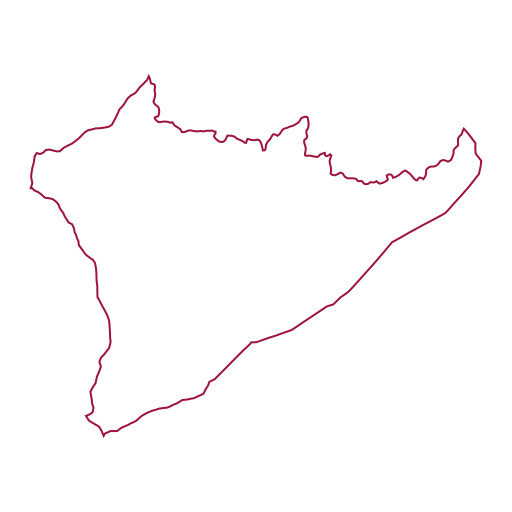 outline of Kabondo Kasipul, Nyanza, Kenya
{"feature_id": "3690345B44381744243439", "entity_name": "Kabondo Kasipul", "entity_type": "district", "adm_level": 2, "iso_a3": "KEN", "parent_name": "Kenya", "parent_adm1": "Nyanza", "projection": "equal_earth", "projection_center": [34.874, -0.447], "detail": "fine", "context": "isolated", "style": "outline", "palette": "rose", "viewbox_px": 512, "rotation_deg": 0, "n_neighbors": 0, "source": "geoboundaries", "source_scale": "gbopen_adm2", "svg_char_len": 5830}
<svg xmlns="http://www.w3.org/2000/svg" viewBox="0 0 512 512"><path d="M463.8,128.7L462.9,130.5L462.2,132.8L461.2,134.8L459.4,136.3L458.0,138.6L457.9,141.1L458.1,142.9L458.1,145.5L456.4,146.9L454.7,148.5L453.7,149.9L453.5,151.5L453.6,153.2L452.9,155.5L452.1,157.7L451.0,159.9L449.3,161.0L448.0,161.6L445.7,160.6L443.3,160.0L441.8,160.4L440.2,161.3L439.1,162.9L438.0,164.3L436.7,165.3L435.3,166.2L433.4,166.5L431.5,166.5L430.0,166.8L428.7,167.5L427.4,168.5L426.4,169.7L426.1,171.5L426.0,173.6L425.5,175.9L423.4,179.2L422.2,178.3L420.7,177.8L419.5,177.5L418.2,178.7L417.1,180.4L415.7,180.1L414.3,178.9L412.9,177.4L412.0,176.1L410.5,174.4L409.0,173.0L407.8,172.3L406.5,171.1L405.1,170.5L402.7,171.9L401.4,172.9L400.1,174.1L398.2,175.5L396.8,176.3L395.3,177.1L392.9,177.7L392.2,175.6L391.0,174.6L389.7,174.3L387.9,174.7L386.7,175.6L387.2,177.4L387.9,179.5L386.5,180.9L384.3,182.1L382.6,182.9L381.3,183.3L379.3,183.6L377.8,182.3L376.4,181.2L374.9,182.2L373.1,182.5L370.5,182.1L369.1,183.2L367.7,184.0L366.2,184.1L364.8,184.1L363.3,182.9L362.0,181.1L360.0,181.1L357.9,181.2L356.2,178.9L354.4,178.5L352.5,178.3L350.3,178.3L349.0,178.3L347.7,178.3L346.4,177.7L345.1,176.9L343.9,175.4L342.9,173.7L341.2,172.7L339.5,172.9L338.3,174.0L336.8,174.5L335.4,175.2L333.8,175.2L331.9,174.7L330.6,173.6L331.1,171.6L331.0,169.5L330.8,167.0L330.3,164.8L329.7,162.7L329.6,160.9L330.0,159.3L330.7,157.1L331.3,155.3L330.0,154.3L328.0,155.7L326.4,156.2L325.0,155.1L324.8,152.9L323.5,153.2L322.3,153.7L320.1,154.5L318.7,156.2L317.4,156.9L315.7,156.8L313.9,156.4L312.4,156.2L311.1,155.8L309.0,155.6L306.8,155.9L305.1,155.3L305.0,153.4L305.5,151.1L305.8,148.4L305.4,146.7L304.9,145.0L304.1,142.3L304.3,140.0L305.7,138.9L306.9,137.8L307.2,135.9L306.6,134.3L306.3,132.5L306.5,130.3L307.7,129.0L308.4,126.8L308.6,124.2L308.4,121.8L308.0,119.3L307.4,117.3L305.8,116.6L304.3,117.0L303.0,117.4L301.6,117.9L300.4,119.6L299.2,121.5L297.9,122.9L296.5,123.8L295.3,124.4L293.8,125.3L292.3,126.0L290.8,126.3L288.9,127.0L287.0,127.9L285.1,128.3L283.4,129.1L281.9,130.6L280.8,132.4L279.4,134.3L277.4,135.8L275.3,134.5L273.2,134.3L272.0,135.8L270.9,137.9L269.5,139.9L268.3,141.0L267.0,142.7L266.1,144.8L265.8,146.9L265.6,148.9L264.7,150.3L262.9,150.5L262.3,147.4L261.7,145.1L261.1,143.3L260.4,141.6L259.0,140.2L257.7,139.6L256.2,140.0L253.8,140.2L251.9,140.0L250.4,139.7L249.2,139.2L247.5,139.0L246.7,140.9L246.1,142.8L244.8,142.8L243.6,141.7L242.4,141.2L240.7,140.2L238.7,139.4L237.1,138.8L235.7,137.6L234.2,136.5L232.8,136.1L231.1,135.7L229.4,135.7L227.4,135.6L226.6,137.3L225.7,139.5L224.0,141.3L222.5,142.0L220.9,141.9L218.9,141.4L217.0,139.9L215.4,138.4L214.0,136.5L214.4,134.8L215.5,133.5L215.5,131.6L214.0,131.5L212.4,130.7L211.0,130.6L209.2,130.8L206.9,130.7L204.7,131.2L203.0,131.4L200.9,131.0L199.0,131.2L197.0,131.4L194.3,131.1L192.5,130.8L190.9,130.4L189.3,130.4L187.3,130.9L185.2,131.9L183.9,132.1L181.9,132.1L181.0,130.3L179.9,128.9L178.1,127.7L176.7,126.8L175.2,126.0L173.9,124.5L172.4,122.3L170.4,122.7L169.1,122.3L167.6,121.8L166.0,121.6L164.7,121.6L162.9,121.6L161.1,121.9L159.7,122.2L158.5,122.0L156.8,120.9L155.7,119.7L154.6,118.2L155.5,116.8L156.8,116.7L158.2,116.2L158.8,114.4L159.2,112.0L159.1,109.7L158.6,107.5L157.4,106.2L156.0,105.2L154.4,103.6L153.5,101.5L154.5,98.5L155.1,95.7L155.2,93.5L154.7,91.6L154.6,89.7L155.0,87.8L154.8,85.0L153.1,83.9L151.2,83.5L150.5,81.6L150.1,79.8L149.6,78.1L148.8,76.2L146.8,80.4L144.3,82.8L143.1,84.1L141.5,85.6L139.9,87.1L138.3,89.2L135.5,92.8L133.8,93.9L131.0,95.4L128.0,98.0L126.1,100.9L123.6,104.9L119.3,109.6L117.8,113.3L115.2,118.6L111.8,124.9L108.6,126.8L106.0,127.3L103.7,127.7L99.9,128.2L95.5,128.4L92.4,129.3L87.5,130.5L84.4,132.7L82.5,134.6L79.6,137.6L75.6,141.0L71.8,143.7L68.2,145.4L63.5,147.9L60.0,151.2L56.7,151.4L53.1,150.5L49.7,149.6L45.9,149.9L43.2,152.7L40.0,154.1L36.7,153.0L34.7,156.3L34.0,161.4L33.4,164.2L32.4,167.6L31.7,171.9L31.2,175.5L31.2,177.5L31.7,180.0L32.3,183.4L30.7,188.2L32.2,188.3L34.7,190.6L38.2,192.1L41.8,194.8L44.8,197.7L49.1,198.2L52.8,199.2L56.2,201.7L58.4,204.3L59.5,207.4L61.0,210.1L63.1,212.8L64.8,216.5L66.7,219.5L68.6,222.5L72.0,224.2L74.0,228.4L74.6,232.2L76.1,234.9L76.9,238.0L78.4,241.1L78.9,245.3L81.4,248.6L83.2,251.2L85.5,254.3L88.0,256.4L90.3,258.1L93.0,259.9L95.0,263.0L95.9,267.8L96.4,273.0L96.5,278.5L96.8,282.5L97.3,285.9L97.3,290.8L97.5,297.1L99.6,300.8L101.3,304.2L103.2,307.7L105.0,310.8L107.2,315.2L109.0,320.1L109.5,324.5L109.7,328.6L110.0,333.4L110.1,337.4L110.6,342.2L109.0,348.2L106.7,351.1L104.2,354.4L100.9,357.7L99.4,361.9L100.9,366.6L99.0,371.9L97.0,376.5L95.5,383.2L92.7,387.4L90.4,391.8L91.6,398.5L92.1,403.3L93.5,407.8L92.5,412.4L89.9,414.2L86.0,415.9L88.9,420.6L92.9,423.0L96.2,425.0L99.0,426.6L101.4,430.6L103.7,435.8L104.7,433.7L110.7,431.0L113.1,431.1L117.2,431.0L119.8,429.0L121.7,427.6L126.2,425.7L128.5,424.7L130.9,423.2L132.1,422.8L133.4,422.3L136.3,420.7L138.0,419.2L140.9,416.6L143.0,415.1L146.5,413.2L148.6,412.2L152.1,410.8L154.3,410.1L155.6,409.8L159.3,408.6L160.6,408.4L163.7,408.0L166.9,407.7L169.8,406.6L172.9,404.9L176.8,403.4L178.7,402.3L182.3,400.0L186.5,399.6L188.3,399.3L190.0,398.9L193.9,398.2L195.3,397.6L197.4,396.5L201.1,394.9L203.6,393.6L205.3,389.8L208.1,385.4L209.4,381.8L212.6,380.2L214.6,379.3L243.2,350.4L249.1,345.0L250.2,343.9L251.1,342.4L256.4,342.2L268.2,338.0L274.6,336.0L284.5,332.5L291.4,330.1L295.0,327.8L301.4,323.4L311.1,317.0L326.9,306.4L333.3,304.4L340.8,297.1L348.2,292.0L352.2,287.8L354.8,284.9L356.0,283.6L362.2,276.7L371.7,266.1L377.3,259.7L384.9,250.8L392.1,242.2L401.0,237.3L409.5,232.4L422.5,225.3L427.9,222.5L442.1,214.9L445.0,213.2L448.0,210.3L453.2,204.3L460.5,196.3L468.5,187.3L479.0,173.9L479.5,171.4L480.5,167.1L481.3,160.9L478.9,157.7L477.4,155.9L475.7,153.6L475.3,149.3L475.4,143.1L472.9,139.8L471.2,137.5L468.2,133.7L463.8,128.7Z" fill="none" stroke="#9f1239" stroke-width="2"/></svg>